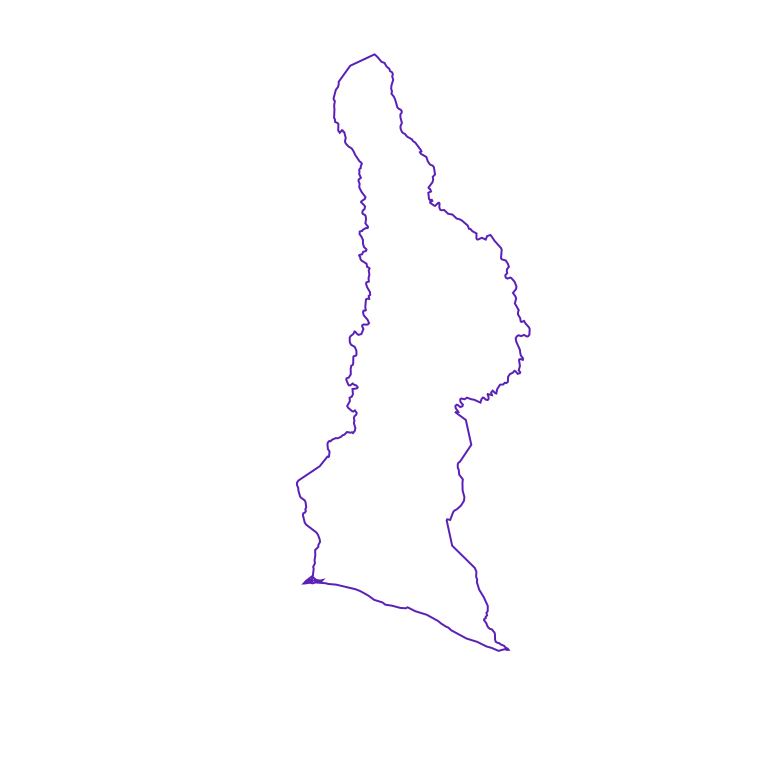 outline of Guararé, Los Santos, Panama, rotated 150°
{"feature_id": "35544464B687818134367", "entity_name": "Guararé", "entity_type": "district", "adm_level": 2, "iso_a3": "PAN", "parent_name": "Panama", "parent_adm1": "Los Santos", "projection": "equal_earth", "projection_center": [-80.366, 7.776], "detail": "fine", "context": "isolated", "style": "outline", "palette": "violet", "viewbox_px": 768, "rotation_deg": 150, "n_neighbors": 0, "source": "geoboundaries", "source_scale": "gbopen_adm2", "svg_char_len": 6159}
<svg xmlns="http://www.w3.org/2000/svg" viewBox="0 0 768 768"><g transform="rotate(150 384 384)"><path d="M553.3,251.4L551.4,250.5L549.5,251.4L547.1,251.5L544.4,250.7L543.2,251.7L541.9,251.7L540.8,248.3L537.5,245.6L535.1,244.9L536.9,244.3L543.5,249.2L544.6,249.4L545.5,248.7L549.1,250.7L550.4,250.1L547.6,249.0L545.4,247.0L542.7,246.5L534.0,240.5L532.4,238.8L525.8,234.2L511.3,220.5L508.1,216.5L503.4,208.7L500.4,201.9L494.5,195.6L493.2,192.2L487.9,188.0L481.8,181.9L477.3,178.9L475.2,178.8L470.6,171.7L462.3,162.7L455.7,151.8L454.2,147.8L451.4,142.5L450.2,141.1L448.8,136.9L439.8,122.3L432.3,114.2L426.5,105.5L422.7,101.6L418.2,95.6L412.1,94.0L410.3,92.1L409.0,91.5L409.2,92.8L410.5,95.0L411.0,97.4L413.2,100.2L413.8,102.0L415.5,103.6L416.1,104.9L415.6,107.2L413.1,111.7L412.6,113.5L413.3,117.7L414.6,118.8L415.4,120.8L415.5,123.2L415.0,125.4L415.4,129.6L414.7,130.3L412.9,130.4L412.4,131.5L410.4,132.1L409.7,134.6L407.8,135.4L405.1,139.9L404.2,149.4L404.4,158.3L402.6,166.1L401.2,167.8L400.5,171.2L397.9,175.1L397.3,179.2L405.8,209.9L397.9,234.6L396.9,235.2L394.6,233.2L388.4,238.3L386.6,239.1L383.3,239.1L378.1,240.2L373.1,242.9L370.9,245.9L369.2,252.4L365.4,259.3L363.4,262.0L364.2,267.8L362.1,272.5L362.0,274.5L360.3,277.6L359.0,278.6L357.1,278.7L338.8,287.7L331.1,311.9L336.5,324.3L335.5,323.3L333.6,322.6L334.0,327.2L333.2,329.3L331.4,329.7L330.6,328.9L329.5,325.9L327.2,325.5L326.0,326.7L326.7,329.7L326.5,331.1L325.5,332.7L324.2,332.7L321.8,330.5L319.0,330.7L316.0,327.1L313.7,325.2L309.8,319.7L306.9,322.3L305.0,322.8L304.4,322.1L303.7,319.6L302.2,318.3L300.9,318.8L299.9,320.7L299.6,323.0L299.2,323.4L296.1,320.4L295.5,323.0L293.2,323.9L292.1,320.2L291.5,319.6L288.6,322.9L283.9,325.4L281.0,324.0L278.8,324.7L277.6,323.6L275.7,323.9L272.9,328.2L270.1,329.6L266.6,329.4L264.5,330.2L263.8,329.3L263.1,325.9L260.8,325.5L260.1,326.1L260.5,328.5L257.3,331.6L255.0,337.4L254.3,337.7L253.3,337.3L251.7,335.5L251.0,336.2L250.8,337.5L251.2,339.2L251.0,341.3L249.2,345.8L248.3,354.5L247.2,357.6L245.3,358.8L243.2,359.0L241.2,356.8L238.3,356.6L236.4,353.6L235.3,353.3L233.4,354.0L230.4,358.7L230.1,360.4L231.2,365.8L231.2,368.6L233.8,368.9L234.3,369.8L233.1,373.1L233.2,377.1L232.1,379.2L230.4,380.6L230.4,388.3L226.7,392.1L226.4,394.6L226.8,398.4L222.0,400.3L220.5,402.4L219.8,407.4L220.7,411.9L221.4,413.0L224.4,413.6L225.2,414.8L225.2,416.1L224.6,417.5L221.8,418.5L221.3,420.2L220.1,421.9L217.2,423.1L216.6,426.4L216.8,430.1L219.6,433.0L219.8,434.4L214.9,441.5L214.7,443.3L216.7,452.8L217.0,458.0L217.4,459.9L220.8,460.5L223.7,458.2L226.1,461.7L230.3,462.1L231.1,462.7L231.1,464.1L228.6,468.1L231.1,472.2L231.6,474.9L232.8,475.9L232.3,479.5L234.8,486.6L236.3,489.0L238.4,491.0L240.0,496.5L243.4,499.4L244.9,504.6L247.3,505.7L248.2,506.8L247.8,509.3L245.6,512.7L245.8,513.5L246.3,513.8L250.6,512.7L251.4,513.5L253.4,517.8L253.0,518.6L250.6,518.4L250.5,519.6L252.3,520.5L252.5,521.7L250.0,527.5L247.0,527.2L246.6,529.8L247.3,530.9L247.2,531.9L241.1,534.5L239.2,536.4L238.2,539.0L235.0,540.0L232.4,546.8L232.6,548.6L234.2,550.7L234.6,552.0L234.7,555.1L233.8,559.4L237.0,565.0L237.0,566.8L235.3,566.7L235.1,567.8L236.2,577.4L237.4,579.7L237.5,582.0L240.3,586.7L240.8,589.9L242.1,592.1L242.4,593.8L241.9,597.0L240.8,599.1L238.0,601.1L236.4,606.8L235.1,609.2L233.1,610.1L232.3,611.2L232.3,612.9L233.8,615.4L234.1,616.9L232.1,624.9L231.8,628.0L232.4,631.6L230.8,633.4L230.2,636.0L228.4,638.7L223.9,642.9L223.1,646.3L221.7,647.5L221.2,648.8L221.2,650.0L222.3,652.0L221.8,654.3L223.1,657.8L223.0,661.8L225.1,664.3L226.2,670.8L227.4,674.2L254.1,676.5L272.1,668.4L273.4,666.2L275.2,664.3L278.7,662.8L284.9,656.5L285.3,655.2L285.1,653.6L288.2,649.7L289.6,646.6L294.2,639.4L294.1,638.1L295.3,635.3L293.8,633.4L293.5,632.0L296.9,626.4L296.7,623.7L293.4,624.8L293.0,624.2L293.1,622.8L292.5,622.0L294.1,616.3L296.5,613.6L296.9,611.5L296.0,607.4L294.2,604.2L294.0,600.6L294.4,597.2L293.9,589.4L293.0,586.8L293.1,585.7L295.1,584.4L296.2,582.6L297.5,582.5L298.6,581.5L299.3,579.8L300.5,578.3L300.9,574.1L303.5,573.8L304.5,572.8L305.0,569.6L307.1,566.7L307.4,561.7L306.6,555.1L308.0,553.9L312.3,553.5L313.0,553.0L311.8,548.8L311.7,547.2L313.4,545.2L315.7,544.8L317.2,543.1L317.3,541.8L316.0,540.0L315.9,538.8L317.0,535.9L319.8,532.4L319.2,528.0L320.3,527.2L321.7,528.1L325.4,528.1L326.2,527.5L328.8,528.2L330.2,526.0L329.9,522.8L330.2,519.3L332.1,515.8L332.6,513.9L332.8,512.4L331.9,509.6L332.1,508.9L333.2,508.2L335.9,508.9L338.1,507.3L340.7,508.0L341.4,507.6L341.1,505.9L341.9,504.2L341.8,502.2L339.0,497.0L340.0,493.8L338.7,491.8L338.8,491.2L340.4,490.1L342.0,486.0L344.4,483.5L345.9,480.3L348.3,480.8L349.4,479.9L350.2,476.5L350.2,470.6L351.5,468.0L353.2,467.9L354.3,465.1L356.0,466.3L357.4,466.2L361.8,459.9L362.8,457.0L363.4,456.9L365.0,457.8L366.3,456.7L367.2,453.6L366.1,447.9L366.5,444.2L368.0,443.7L369.5,444.1L371.7,445.7L373.5,445.7L374.1,444.8L374.3,441.9L378.6,438.6L381.5,439.3L382.2,440.6L382.8,443.7L383.3,444.2L385.4,442.7L389.3,442.1L390.6,441.2L392.3,438.2L392.9,436.0L392.8,434.3L390.8,430.8L391.2,426.8L393.0,423.4L394.1,422.6L396.3,423.2L397.0,422.8L400.6,416.9L401.5,416.2L403.2,416.2L405.2,413.9L408.0,408.9L411.4,407.2L413.7,407.6L414.5,406.7L415.2,401.9L415.0,400.3L413.7,399.7L410.9,400.1L410.2,398.2L408.9,396.9L408.4,395.0L408.6,394.1L409.8,393.8L413.8,395.4L416.0,390.7L418.3,389.1L420.7,389.3L422.1,386.2L426.9,383.3L427.0,381.5L425.1,376.2L424.3,375.5L422.4,375.7L422.1,372.7L423.2,371.4L425.7,370.8L427.0,369.8L428.1,366.8L429.6,365.3L430.9,360.0L432.8,358.0L435.4,357.0L435.8,358.2L437.4,358.6L440.0,360.9L444.0,359.9L445.5,360.3L447.6,359.7L451.0,360.1L453.0,361.3L457.1,361.7L458.9,361.1L459.9,362.0L461.9,361.4L463.1,360.1L465.1,355.7L464.9,352.8L467.8,348.8L468.7,348.6L469.3,349.4L480.8,344.9L506.3,343.2L508.8,342.0L509.9,340.0L510.2,337.0L511.5,334.2L512.9,328.6L512.7,327.0L510.8,322.7L511.1,320.7L513.0,316.1L514.8,314.8L515.3,312.9L516.8,312.2L518.7,312.3L519.8,311.0L522.0,303.4L521.7,300.9L516.7,289.0L516.6,286.2L517.4,281.6L518.3,279.3L521.5,277.3L522.3,275.8L526.7,274.6L529.3,269.7L532.3,266.1L533.4,263.3L536.8,261.0L537.2,259.3L541.4,253.6L550.1,252.4L553.3,251.4Z" fill="none" stroke="#5b21b6" stroke-width="2"/></g></svg>